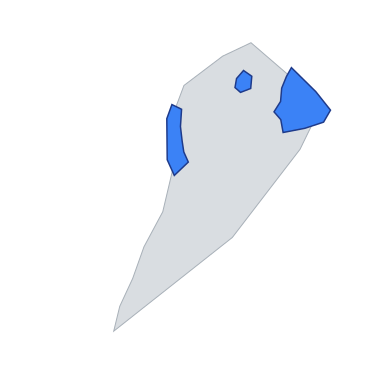 where Balzers sits in Liechtenstein, rotated 215°
{"feature_id": "LIE-4894", "entity_name": "Balzers", "entity_type": "state/province", "adm_level": 1, "iso_a3": "LIE", "parent_name": "Liechtenstein", "parent_adm1": "", "projection": "albers", "projection_center": [9.549, 47.108], "detail": "fine", "context": "in_parent", "style": "filled", "palette": "blue", "viewbox_px": 384, "rotation_deg": 215, "n_neighbors": 0, "source": "natural_earth", "source_scale": "10m", "svg_char_len": 760}
<svg xmlns="http://www.w3.org/2000/svg" viewBox="0 0 384 384"><g transform="rotate(215 192 192)"><path d="M229.3,348.1L150.9,340.2L136.2,340.9L128.0,288.9L132.9,177.9L176.3,33.1L185.6,56.9L191.0,87.2L199.9,119.5L204.6,159.0L220.8,199.7L250.2,237.8L259.7,274.7L244.8,320.9L229.3,348.1Z" fill="#d9dde1" stroke="#a8b0b8" stroke-width="1"/><path d="M181.9,350.9L148.1,345.2L125.5,338.5L124.3,324.7L136.1,308.9L151.5,293.0L160.8,302.2L170.8,304.7L171.4,317.0L178.1,328.5L180.9,340.8L181.9,350.9ZM216.0,195.4L230.8,204.2L254.7,237.6L258.6,252.1L248.0,253.8L239.0,239.0L229.5,228.3L221.7,220.1L212.2,214.4L216.0,195.4ZM209.4,301.4L216.7,302.2L220.6,310.5L219.5,321.1L209.4,321.1L203.3,310.5L209.4,301.4Z" fill="#3b82f6" stroke="#1e3a8a" stroke-width="1.5"/></g></svg>